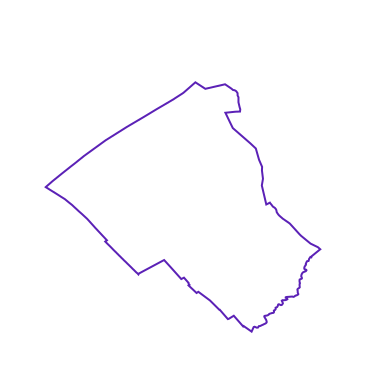 outline of Vadu Pasii, Buzau, Romania, rotated 199°
{"feature_id": "2599482B21628128014293", "entity_name": "Vadu Pasii", "entity_type": "district", "adm_level": 2, "iso_a3": "ROU", "parent_name": "Romania", "parent_adm1": "Buzau", "projection": "robinson", "projection_center": [26.877, 45.162], "detail": "fine", "context": "isolated", "style": "outline", "palette": "violet", "viewbox_px": 384, "rotation_deg": 199, "n_neighbors": 0, "source": "geoboundaries", "source_scale": "gbopen_adm2", "svg_char_len": 4055}
<svg xmlns="http://www.w3.org/2000/svg" viewBox="0 0 384 384"><g transform="rotate(199 192 192)"><path d="M230.9,285.6L232.4,283.0L233.3,281.8L236.3,278.0L238.9,274.7L239.3,274.1L248.6,263.2L252.3,258.9L262.4,246.8L264.2,244.7L274.7,232.4L290.4,212.9L305.7,191.1L312.5,180.3L314.8,176.8L320.8,167.4L327.3,157.0L328.0,155.8L331.9,149.0L331.6,148.9L330.5,148.7L326.8,147.8L320.6,146.4L315.5,145.2L314.8,145.0L310.0,143.9L304.9,142.0L301.2,140.7L298.1,139.3L295.1,138.0L292.9,137.0L289.0,135.4L282.4,132.5L272.8,127.2L272.7,127.1L268.2,124.7L266.3,123.7L256.7,118.6L257.9,116.9L255.1,115.5L251.7,113.9L250.5,113.3L248.9,112.5L247.4,111.7L246.3,111.2L244.9,110.5L243.9,110.1L243.1,109.6L242.6,109.4L241.5,108.9L241.2,108.7L240.6,108.4L240.1,108.2L239.9,108.1L239.6,107.9L239.2,107.8L238.9,107.6L238.4,107.4L238.2,107.3L237.5,106.9L236.6,106.5L235.3,105.9L234.2,105.3L233.7,105.1L232.4,104.5L231.7,104.2L229.7,103.2L228.8,102.8L226.9,101.9L226.5,101.7L225.0,101.0L224.8,100.9L223.0,100.0L222.6,99.8L221.4,99.3L220.5,98.8L220.2,98.7L219.4,98.3L218.6,97.9L217.6,97.5L216.9,97.3L216.6,97.1L216.2,96.8L216.0,96.7L215.8,96.6L215.7,97.2L215.6,97.7L211.9,101.7L197.9,116.8L196.2,118.6L187.6,113.9L173.8,106.2L171.8,108.3L171.7,108.4L165.6,104.9L165.4,104.1L164.2,103.4L164.8,102.5L159.2,100.0L154.8,98.0L153.5,99.7L139.7,95.3L127.7,89.5L127.4,89.7L116.7,83.5L116.0,84.0L112.2,88.6L99.8,81.5L99.5,82.1L99.0,81.9L95.4,80.9L90.2,79.4L89.7,84.4L88.9,85.0L86.6,84.8L85.5,85.3L85.3,86.1L85.1,86.9L83.9,87.5L82.2,89.2L81.3,90.0L80.8,90.6L79.9,91.4L79.6,91.7L79.5,91.9L79.3,92.2L79.2,92.4L79.1,92.6L79.1,92.8L79.0,93.3L79.1,93.5L79.4,94.1L80.1,95.0L80.3,95.3L80.6,95.6L81.1,95.9L81.6,96.4L82.1,96.8L82.5,97.1L82.7,97.3L82.9,97.5L83.1,97.8L83.2,98.1L83.1,98.3L82.7,98.7L81.9,99.1L81.3,99.4L80.7,99.8L80.3,100.1L79.7,100.8L79.3,101.5L79.3,101.8L78.9,102.2L78.0,102.8L77.6,103.1L77.3,103.4L76.7,103.7L75.9,104.1L75.5,104.5L75.4,104.9L75.4,105.4L75.6,105.8L75.9,106.2L76.0,106.5L75.8,106.8L75.5,107.1L75.1,107.5L74.9,108.0L74.8,108.6L75.0,109.1L75.2,109.5L75.3,109.8L75.1,110.0L74.5,110.5L74.1,110.9L73.9,111.6L73.8,112.6L73.9,113.6L73.6,114.0L72.8,114.2L71.9,114.0L71.1,114.0L70.4,114.4L70.1,115.0L69.9,115.7L69.8,116.3L70.3,117.0L71.2,117.9L71.7,118.4L71.3,119.1L70.1,119.5L68.1,120.4L67.2,121.3L66.9,121.7L67.2,122.1L67.9,122.3L69.0,122.5L69.1,123.0L68.6,123.4L67.8,123.8L65.9,124.6L64.1,125.4L63.1,125.8L62.1,125.8L61.5,126.2L60.9,126.9L60.8,127.2L60.6,127.5L60.2,127.9L59.8,128.1L59.5,128.3L59.2,128.6L58.7,129.2L58.3,129.6L58.2,129.9L58.2,130.0L58.3,130.2L58.7,130.6L59.0,131.0L59.3,131.4L59.8,132.7L59.9,132.9L60.0,133.2L60.3,133.5L60.5,133.9L60.6,134.2L60.5,134.7L60.2,135.2L59.5,136.1L59.3,136.5L59.1,136.9L59.2,137.2L59.9,138.8L60.3,140.0L60.2,140.2L60.2,140.8L60.3,141.1L60.7,141.5L61.1,142.2L61.4,143.0L61.6,143.6L61.7,144.0L61.7,144.3L61.4,144.6L60.8,145.1L60.3,145.6L60.0,145.9L60.0,146.1L60.0,146.4L60.4,146.9L61.3,147.9L61.5,149.0L61.5,150.0L61.3,151.2L60.8,152.3L59.5,153.4L58.6,154.2L58.4,154.8L58.3,155.3L58.6,155.6L59.2,155.7L60.3,155.6L60.9,156.1L61.2,157.1L61.2,158.4L60.7,159.7L60.7,160.7L61.0,160.9L61.0,161.5L60.9,162.8L60.8,163.3L60.8,163.8L60.4,164.2L59.8,164.6L59.4,164.7L59.4,165.6L59.5,166.9L58.9,169.1L58.4,169.1L57.9,169.1L57.9,170.3L56.7,172.2L55.1,174.8L53.4,177.5L52.1,179.6L55.0,180.8L63.1,181.8L74.4,186.0L76.5,187.0L86.5,192.5L88.9,193.8L89.5,194.1L97.7,196.4L98.8,196.9L99.9,197.3L102.0,198.2L102.9,198.7L104.3,199.7L104.9,200.2L105.3,200.5L106.3,202.2L106.6,202.6L107.1,203.1L107.9,203.6L108.4,203.9L109.7,204.3L110.4,204.4L111.2,204.8L112.3,205.6L113.6,206.4L114.3,206.8L114.9,207.3L115.2,207.0L115.4,206.7L115.7,206.5L115.9,206.2L116.3,205.8L117.0,205.1L117.7,204.4L128.1,220.9L129.2,227.6L132.9,235.2L133.9,238.6L139.1,244.3L145.8,253.9L152.7,257.0L174.2,265.7L178.1,269.6L186.2,277.8L177.2,282.0L172.8,283.7L173.3,285.9L174.6,287.7L177.3,292.0L178.9,296.7L180.3,298.1L181.1,300.3L183.0,301.7L184.8,302.1L186.4,301.8L188.5,302.6L195.8,304.6L213.0,293.9L224.5,296.8L230.9,285.6Z" fill="none" stroke="#5b21b6" stroke-width="2"/></g></svg>